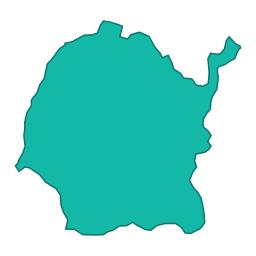 Prastio Avdimou, Limassol, Cyprus (Robinson projection)
{"feature_id": "46923920B98437819833460", "entity_name": "Prastio Avdimou", "entity_type": "district", "adm_level": 2, "iso_a3": "CYP", "parent_name": "Cyprus", "parent_adm1": "Limassol", "projection": "robinson", "projection_center": [32.781, 34.724], "detail": "fine", "context": "isolated", "style": "filled", "palette": "teal", "viewbox_px": 256, "rotation_deg": 0, "n_neighbors": 0, "source": "geoboundaries", "source_scale": "gbopen_adm2", "svg_char_len": 1603}
<svg xmlns="http://www.w3.org/2000/svg" viewBox="0 0 256 256"><path d="M15.4,165.8L19.0,171.3L24.9,167.0L29.4,167.8L36.0,172.2L39.9,175.0L45.7,182.3L56.4,188.9L60.4,195.4L61.0,204.9L63.4,212.1L67.8,219.8L65.7,229.1L74.4,229.3L82.6,234.6L94.3,235.0L103.3,234.7L105.1,233.5L107.6,231.8L112.7,230.4L119.2,226.1L126.5,225.7L132.6,222.3L136.7,225.1L142.0,227.8L144.5,229.3L150.8,230.4L156.9,225.5L165.1,223.5L175.6,223.5L181.3,227.4L185.3,233.1L190.7,233.4L199.8,228.8L201.5,227.4L204.7,222.5L204.1,214.2L202.9,206.4L201.1,198.1L198.0,192.8L193.4,187.6L189.5,180.5L192.7,172.2L196.6,167.0L194.6,160.6L196.0,154.0L204.8,152.3L208.9,149.4L211.0,145.7L210.1,144.6L207.7,141.7L211.1,135.4L207.8,130.7L203.7,127.4L203.0,124.3L203.4,119.1L206.4,113.9L210.4,109.2L210.8,101.7L212.2,97.2L213.4,94.7L216.9,89.3L217.3,84.9L218.1,80.1L218.1,75.7L217.4,72.6L217.4,68.4L219.2,66.5L225.9,64.0L229.8,61.1L234.8,58.6L237.3,52.0L239.3,48.9L240.6,48.1L240.3,46.3L235.3,43.6L229.2,36.8L226.3,40.6L224.5,48.8L220.7,53.3L218.2,54.3L210.5,53.3L207.9,59.0L209.0,70.4L209.0,75.5L208.2,83.6L203.2,86.2L196.4,85.2L191.9,79.0L183.5,78.0L180.6,73.5L173.8,69.1L171.6,62.2L168.2,55.3L162.3,57.7L160.5,53.8L155.0,47.2L148.9,36.3L139.4,32.2L130.8,34.7L127.6,39.0L119.8,36.7L122.5,26.3L119.3,25.0L110.5,22.2L103.3,21.0L100.3,25.5L97.4,33.0L92.4,34.8L84.2,35.2L72.1,41.8L64.9,43.3L65.6,44.7L59.5,48.7L51.9,59.2L47.4,63.8L45.6,71.6L44.5,78.0L39.8,84.8L37.1,92.6L31.4,100.0L31.4,105.4L27.0,112.6L24.8,121.8L24.8,128.8L23.9,135.6L25.1,146.2L22.7,153.3L19.1,159.5L17.7,163.5L15.4,165.8Z" fill="#14b8a6" stroke="#0f766e" stroke-width="1.5"/></svg>